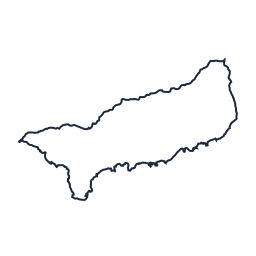 Nossa Senhora Do Livramento, Ribeira Grande, Cabo Verde, rotated 184°
{"feature_id": "66160863B28688334871687", "entity_name": "Nossa Senhora Do Livramento", "entity_type": "district", "adm_level": 2, "iso_a3": "CPV", "parent_name": "Cabo Verde", "parent_adm1": "Ribeira Grande", "projection": "mercator", "projection_center": [-25.107, 17.182], "detail": "fine", "context": "isolated", "style": "outline", "palette": "slate", "viewbox_px": 256, "rotation_deg": 184, "n_neighbors": 0, "source": "geoboundaries", "source_scale": "gbopen_adm2", "svg_char_len": 5752}
<svg xmlns="http://www.w3.org/2000/svg" viewBox="0 0 256 256"><g transform="rotate(184 128 128)"><path d="M235.7,106.9L235.4,106.4L235.2,106.4L234.1,107.6L233.0,108.0L232.4,108.0L230.6,107.0L229.1,107.1L228.1,106.8L227.6,106.6L226.6,105.4L225.0,104.4L222.6,104.2L221.1,103.3L216.7,102.6L216.1,101.0L216.1,100.6L215.9,100.4L215.1,100.3L214.6,100.0L214.3,98.7L213.9,98.5L213.5,98.8L213.1,98.0L212.8,97.7L212.2,97.6L211.7,97.2L211.2,97.1L210.6,97.3L209.4,97.9L208.6,97.9L208.4,97.6L208.8,96.3L208.9,94.3L208.3,92.2L207.1,90.6L205.6,89.2L204.4,88.6L204.1,87.9L203.0,87.2L202.3,87.0L202.0,87.2L202.3,89.5L201.5,88.3L199.5,87.1L198.7,87.0L197.9,85.9L197.5,85.1L197.3,85.0L196.6,85.3L196.4,84.2L196.0,84.4L196.0,85.4L195.0,86.0L194.5,85.8L194.2,86.0L190.5,86.4L188.9,85.5L188.6,84.9L188.0,85.2L186.5,84.3L186.3,83.6L186.3,83.1L186.0,82.9L185.4,83.0L185.0,82.7L184.2,81.6L184.1,81.2L184.1,80.3L184.6,79.0L184.1,76.7L183.4,76.1L183.3,73.9L184.4,72.9L184.4,72.6L184.0,72.4L184.4,71.4L184.2,70.5L183.6,70.3L182.9,69.0L182.3,68.5L182.4,67.8L181.9,67.1L182.0,66.2L181.9,65.5L179.3,60.4L179.0,60.1L178.2,59.8L177.7,58.8L177.6,57.6L178.7,57.2L178.9,55.3L175.8,53.9L173.9,54.3L172.4,53.6L171.1,53.4L167.9,53.2L166.1,53.3L165.5,53.7L163.9,56.1L164.0,57.0L163.8,58.1L164.4,57.9L165.0,57.2L165.6,57.3L164.7,58.6L165.0,59.5L163.6,60.5L163.0,61.9L162.5,62.6L161.9,62.6L161.8,62.0L160.7,61.8L159.8,62.4L159.5,63.2L159.6,64.1L161.1,66.5L161.3,67.2L161.0,68.2L161.2,68.9L161.0,70.3L161.4,71.7L161.0,73.1L160.4,73.9L159.5,74.4L159.2,75.5L158.7,76.1L157.6,77.1L156.9,77.2L156.6,77.6L155.6,77.7L155.7,78.2L156.3,79.6L156.1,79.7L155.3,79.7L155.2,79.9L155.3,80.2L154.5,80.5L153.9,81.4L152.9,82.1L152.3,83.0L149.7,84.6L147.1,85.3L144.9,86.4L143.7,86.1L142.6,86.5L142.3,86.5L142.0,86.1L141.8,84.8L141.5,84.2L141.1,84.1L139.6,84.7L138.1,83.9L138.0,84.4L138.8,87.0L139.0,88.3L138.3,88.8L137.3,88.8L137.4,89.3L136.7,90.6L135.6,91.3L134.2,91.6L133.3,91.3L132.0,89.9L131.0,90.4L130.4,89.9L129.5,91.5L128.5,91.8L128.1,93.0L127.7,93.1L126.0,92.7L125.1,91.7L124.9,90.8L125.0,89.8L125.4,88.4L124.8,87.2L124.8,86.0L124.3,85.7L123.7,85.8L123.1,85.5L122.8,85.6L121.4,88.0L121.0,88.1L119.9,88.0L119.4,88.3L119.4,88.5L118.3,89.2L117.9,91.0L117.0,92.6L116.3,93.0L115.8,93.0L114.8,92.7L114.5,92.9L114.4,93.6L113.2,93.5L111.1,94.5L108.8,94.5L104.9,94.0L104.7,93.7L104.7,92.7L104.5,92.4L103.9,92.1L103.7,92.7L103.3,92.7L103.3,92.2L102.7,91.2L102.5,91.5L102.9,92.2L102.8,93.2L103.6,93.3L103.9,93.8L103.6,94.7L103.1,95.0L102.1,94.9L101.5,93.7L101.0,93.4L100.4,94.8L99.9,94.9L98.9,94.3L98.1,92.5L97.8,92.5L97.7,93.2L96.7,93.0L96.4,92.7L96.2,92.9L96.2,93.3L97.4,94.8L97.4,95.6L95.8,96.5L94.5,96.7L93.3,97.5L91.8,97.8L89.2,97.3L89.2,96.3L88.0,95.7L88.1,96.2L87.3,96.5L86.7,97.5L85.7,98.4L85.2,98.6L84.3,98.6L82.2,100.4L80.7,102.6L79.8,103.3L77.2,107.1L74.7,109.9L73.5,110.9L72.5,111.3L72.1,111.2L71.8,111.1L71.4,110.1L70.7,110.1L71.0,108.8L70.5,108.2L70.0,108.2L69.7,108.4L69.6,108.9L70.2,110.7L70.0,111.0L69.5,111.1L69.4,111.8L69.1,112.0L68.1,112.1L67.5,111.8L65.3,109.9L64.5,109.6L62.1,109.6L61.4,110.1L61.8,111.4L61.4,112.3L61.0,112.0L60.4,111.9L60.4,112.3L60.8,112.4L60.8,112.6L59.3,113.5L59.0,112.8L58.1,112.7L58.7,113.4L58.6,113.7L57.5,115.3L56.9,117.2L54.8,117.5L54.3,117.7L54.0,118.4L52.6,117.7L52.3,117.9L51.8,117.5L51.4,117.9L51.1,117.9L51.1,118.2L50.7,118.1L50.2,118.3L49.4,117.7L48.8,115.9L48.1,115.9L47.4,116.4L47.8,117.5L47.8,117.9L47.4,119.0L47.6,119.4L47.5,119.7L45.2,121.3L42.7,122.2L40.1,123.5L39.1,122.1L39.0,122.7L37.1,123.3L36.6,123.7L35.6,123.8L31.9,126.8L31.5,128.3L30.5,128.9L29.6,131.1L28.4,133.1L27.3,134.5L26.4,135.0L26.7,136.4L25.9,138.9L25.4,139.6L25.3,140.1L20.9,144.1L20.3,144.9L20.3,145.2L20.5,145.8L20.6,147.1L20.5,150.3L20.7,151.2L21.3,151.8L21.7,155.4L22.6,158.0L22.5,158.8L23.2,161.1L24.3,163.4L24.6,165.0L25.4,165.8L25.6,166.9L27.3,169.5L27.9,171.1L28.7,172.1L29.2,173.0L29.3,174.9L29.8,176.2L30.0,177.8L29.2,180.0L28.3,181.0L28.3,181.5L30.1,183.8L30.8,184.3L31.2,185.8L30.6,187.8L30.4,189.0L30.3,190.1L30.4,191.7L32.3,193.8L32.3,194.9L32.6,195.3L34.4,196.6L36.1,197.2L36.4,197.7L36.8,200.2L36.4,201.3L36.5,202.8L37.3,201.8L38.1,201.3L38.9,201.1L42.8,201.0L43.7,201.3L45.1,201.4L47.2,200.7L48.5,200.8L50.3,200.7L51.7,198.7L53.1,195.3L53.9,194.5L55.4,193.5L56.8,193.0L58.4,191.7L59.8,191.2L60.8,188.0L61.6,187.5L62.3,186.2L63.5,184.5L65.2,180.9L66.2,180.4L67.0,179.6L68.4,177.5L70.3,176.3L73.1,175.7L73.7,175.2L73.8,174.9L74.5,174.6L75.2,175.0L77.4,174.4L78.3,173.6L78.9,172.2L80.4,170.5L81.7,170.2L83.2,170.2L84.7,170.9L87.5,170.5L88.2,169.0L88.4,167.7L88.9,167.2L89.9,166.7L94.5,166.6L96.4,167.1L96.6,167.9L98.1,168.0L99.1,167.8L100.1,167.4L101.8,165.7L102.9,165.0L104.5,164.5L108.3,163.9L108.8,162.7L109.9,162.3L111.1,162.5L111.9,162.2L112.8,160.9L113.9,160.1L115.8,159.7L117.6,159.9L118.3,159.5L118.9,157.6L119.5,157.0L120.4,157.0L124.1,157.5L124.6,157.0L127.8,156.9L129.2,156.1L132.4,156.0L135.1,156.6L136.3,155.9L136.3,153.2L137.3,151.6L138.6,150.8L139.7,150.6L141.9,149.7L144.0,147.6L144.4,145.9L144.9,145.1L147.8,144.8L148.6,143.5L151.9,142.7L153.1,142.0L154.1,140.7L154.4,139.7L156.2,137.6L157.3,136.9L157.5,133.4L158.8,132.9L160.1,130.4L161.3,129.7L162.1,129.7L162.4,130.2L163.4,130.1L163.7,129.4L164.0,127.4L164.5,126.1L166.2,124.7L167.2,125.5L167.9,124.4L168.6,124.0L171.3,123.9L181.9,127.3L182.7,127.1L183.4,126.7L184.2,126.4L185.3,126.3L186.0,126.3L187.9,127.5L191.1,126.9L193.1,126.2L195.2,124.5L196.5,122.5L198.5,123.2L199.6,122.5L200.7,122.4L201.8,122.9L204.9,123.0L207.5,122.3L208.6,121.5L210.1,121.5L213.0,119.4L215.0,118.9L215.7,118.3L217.0,118.2L217.3,117.4L218.1,117.1L220.9,116.7L223.3,116.9L227.4,116.5L228.3,115.5L229.4,115.0L230.7,112.3L231.9,111.5L232.5,109.6L233.5,109.2L235.7,106.9Z" fill="none" stroke="#1e293b" stroke-width="2"/></g></svg>